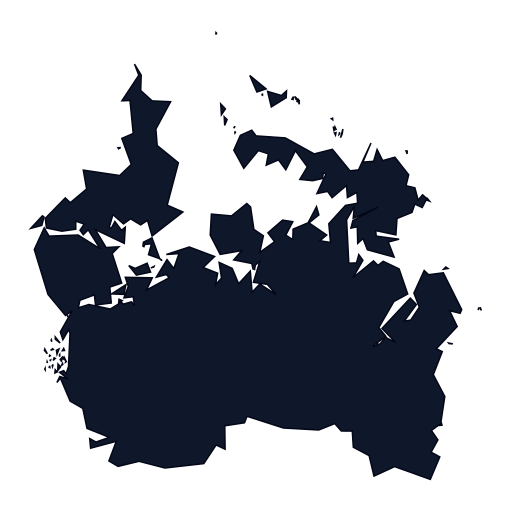 outline of Belmullet-Lea-3, Mayo, Ireland, rotated 90°
{"feature_id": "5873133B47562740874876", "entity_name": "Belmullet-Lea-3", "entity_type": "district", "adm_level": 2, "iso_a3": "IRL", "parent_name": "Ireland", "parent_adm1": "Mayo", "projection": "albers", "projection_center": [-9.902, 54.113], "detail": "fine", "context": "isolated", "style": "filled", "palette": "ink", "viewbox_px": 512, "rotation_deg": 90, "n_neighbors": 0, "source": "geoboundaries", "source_scale": "gbopen_adm2", "svg_char_len": 6146}
<svg xmlns="http://www.w3.org/2000/svg" viewBox="0 0 512 512"><g transform="rotate(90 256 256)"><path d="M468.0,347.1L463.6,308.2L445.0,295.9L449.2,286.9L425.8,287.2L422.8,267.5L416.3,265.0L428.0,228.6L430.0,193.3L423.6,177.2L431.0,170.7L431.1,159.7L447.2,158.7L455.6,142.9L476.1,138.0L466.6,117.4L479.4,81.7L456.9,72.2L452.2,80.9L439.9,74.1L430.5,80.6L423.6,71.3L396.5,67.2L374.6,78.7L351.6,69.7L348.8,75.7L326.5,54.8L310.7,62.4L313.3,51.9L309.6,50.3L272.8,68.7L274.7,83.4L270.5,87.8L293.1,98.1L307.2,92.7L320.1,101.3L321.2,107.8L304.5,95.6L298.1,101.7L328.4,130.0L342.6,116.3L337.4,126.3L343.9,132.0L344.4,133.0L343.8,134.6L345.7,135.5L346.3,139.6L336.4,126.1L327.6,133.2L301.5,118.1L294.0,104.3L268.9,112.9L261.3,128.8L265.4,134.0L260.9,138.5L277.6,159.0L260.3,149.1L254.6,153.2L262.9,155.5L263.2,163.2L219.8,165.4L206.3,157.7L218.3,158.8L207.0,133.6L220.6,159.1L228.1,161.1L226.8,154.7L243.4,154.3L238.5,149.0L249.8,144.6L257.1,117.9L242.0,123.7L239.2,112.9L236.1,135.8L230.6,136.3L234.9,116.1L218.5,115.0L212.4,100.0L204.1,97.2L207.5,89.8L198.6,85.2L194.8,89.4L200.1,93.9L187.8,97.1L185.7,106.0L174.8,103.3L157.2,117.1L160.6,129.3L149.5,134.9L161.3,138.4L162.1,149.1L143.0,141.0L169.9,153.5L170.8,162.0L149.3,179.6L153.9,197.8L137.9,226.7L135.9,255.9L130.2,260.2L135.3,271.6L150.2,278.2L168.3,268.2L150.6,253.7L153.8,243.6L165.2,245.8L159.9,233.5L169.8,226.2L150.7,216.6L166.9,204.7L179.4,212.2L180.7,199.3L178.5,189.5L172.8,188.7L174.0,186.0L193.6,195.1L191.4,184.4L197.7,179.9L185.5,165.5L197.6,164.6L192.4,155.1L203.2,154.4L205.4,166.5L223.7,183.2L242.5,181.5L240.7,192.1L235.0,185.3L222.9,203.0L214.9,193.1L206.7,195.5L222.8,203.9L229.1,218.9L239.6,219.2L235.1,226.2L221.7,219.2L220.1,229.4L232.8,244.1L241.7,237.4L252.4,252.2L235.8,248.6L229.4,258.1L207.0,261.4L203.5,265.2L215.9,280.5L214.1,300.6L235.1,301.8L254.4,291.8L250.6,270.2L259.9,278.3L263.5,260.2L268.9,259.0L269.5,257.4L265.1,256.7L261.1,252.1L282.3,258.6L284.4,244.6L294.7,235.7L284.0,252.2L292.2,259.9L271.1,261.7L283.7,273.4L268.4,279.8L262.4,292.9L278.1,290.5L284.7,296.5L273.2,294.3L267.5,308.8L256.5,297.4L247.0,322.7L254.5,345.7L253.6,333.0L268.5,338.2L259.6,345.0L277.2,355.7L274.5,345.6L277.8,342.9L290.0,365.5L277.8,359.7L277.3,386.7L286.4,383.7L297.9,388.1L296.7,378.8L305.7,377.5L301.8,380.4L304.1,388.5L302.2,390.6L309.0,401.7L304.5,423.1L307.8,433.7L300.3,432.1L294.9,417.6L305.0,416.5L303.0,400.7L287.1,402.2L283.1,390.3L253.5,399.8L246.8,393.1L247.5,405.9L229.6,416.7L243.4,387.7L227.2,386.7L230.3,390.5L221.5,397.1L228.2,400.7L227.4,402.8L214.6,399.1L223.9,388.5L218.8,381.4L224.9,371.4L220.4,364.5L236.0,359.9L212.0,329.1L205.1,344.8L162.8,333.6L145.5,354.8L129.1,356.1L101.7,341.4L100.9,359.8L90.5,371.3L75.1,370.8L64.1,377.5L75.2,373.2L100.8,390.1L100.5,382.0L133.5,378.8L138.4,390.2L164.4,380.7L175.5,392.3L170.1,428.7L189.0,425.4L202.7,441.7L197.9,446.7L218.3,466.7L228.0,465.6L231.2,450.1L229.2,436.2L221.1,436.3L224.1,427.8L230.2,432.0L234.7,428.7L229.8,423.8L248.8,411.9L235.0,433.9L236.1,462.9L227.9,467.8L249.5,477.7L294.4,464.0L315.5,446.5L310.7,439.7L331.9,451.7L339.7,449.1L329.7,443.3L333.2,442.0L366.5,443.5L373.8,445.9L370.6,448.3L372.3,452.4L379.0,444.0L376.5,452.2L382.5,455.1L378.2,451.6L401.2,441.8L408.4,429.2L428.4,425.0L437.4,402.7L442.0,416.0L438.6,422.3L448.2,421.4L441.3,395.7L461.0,403.1L466.4,393.9L461.3,373.0L468.0,347.1ZM254.7,363.5L258.7,352.3L237.9,360.0L242.2,368.6L246.1,369.1L246.7,368.1L244.4,367.1L243.8,360.5L254.7,363.5ZM272.1,361.4L263.2,364.9L268.4,376.8L265.6,383.2L275.1,375.6L272.1,361.4ZM106.9,240.7L97.7,225.8L90.9,225.5L95.5,230.6L91.4,244.4L106.9,240.7ZM92.0,255.1L88.9,245.9L75.5,262.2L92.0,255.1ZM225.4,470.2L217.0,468.0L215.8,469.6L228.4,481.3L225.4,470.2ZM284.6,386.0L293.9,400.4L294.4,388.2L284.6,386.0ZM114.8,290.6L108.9,286.6L103.9,291.3L114.8,290.6ZM339.3,456.7L343.0,451.9L337.0,456.7L339.3,456.7ZM133.9,169.8L129.0,169.1L137.7,171.5L133.9,169.8ZM125.4,287.3L119.6,284.9L116.8,287.8L125.4,287.3ZM366.9,451.4L364.0,454.0L370.4,454.2L366.9,451.4ZM350.7,449.7L350.5,447.5L348.4,448.3L350.7,449.7ZM356.3,448.9L359.5,451.8L361.1,450.7L356.3,448.9ZM350.3,455.6L354.2,455.0L349.0,453.0L350.3,455.6ZM269.2,68.4L268.5,64.0L267.0,66.2L269.2,68.4ZM373.0,457.1L371.9,454.8L369.7,456.8L373.0,457.1ZM302.7,393.3L300.6,389.8L299.2,393.0L302.7,393.3ZM360.4,458.8L358.4,456.7L357.8,457.9L360.4,458.8ZM359.1,448.4L360.5,446.2L357.4,447.7L359.1,448.4ZM98.4,214.6L102.7,213.2L104.3,212.8L100.7,212.7L98.4,214.6ZM266.3,357.9L268.0,361.1L266.9,358.1L266.3,357.9ZM350.4,467.6L353.8,464.7L349.0,467.2L350.4,467.6ZM150.9,106.0L153.9,104.9L151.0,104.8L150.9,106.0ZM350.2,461.4L349.5,458.7L348.7,459.3L350.2,461.4ZM147.5,391.3L147.8,394.0L148.8,393.4L147.5,391.3ZM128.7,177.7L126.6,178.8L130.6,178.0L129.3,176.4L128.7,177.7ZM200.3,84.8L201.1,82.5L198.6,84.6L200.3,84.8ZM96.6,218.6L99.2,220.1L99.5,218.9L96.6,218.6ZM309.1,31.5L310.4,30.7L307.2,31.8L309.1,31.5ZM100.0,215.6L97.9,215.7L96.5,217.3L100.0,215.6ZM129.0,176.1L127.0,177.0L128.7,177.3L129.0,176.1ZM259.5,351.6L260.6,349.8L259.2,351.5L259.5,351.6ZM132.9,177.6L135.1,176.5L132.6,176.0L132.9,177.6ZM310.1,33.8L308.0,33.1L308.0,33.4L310.1,33.8ZM118.7,180.7L119.8,179.3L118.2,179.4L118.7,180.7ZM425.4,72.1L425.2,70.0L423.4,70.5L425.4,72.1ZM364.5,458.9L365.7,459.8L366.7,459.5L364.5,458.9ZM365.1,450.3L364.5,449.2L363.4,449.5L365.1,450.3ZM343.9,59.1L343.0,63.4L343.6,62.9L343.9,59.1ZM356.8,462.8L355.6,461.7L355.2,462.3L356.8,462.8ZM133.9,172.4L132.2,172.5L134.4,172.9L133.9,172.4ZM101.5,215.0L101.9,213.8L100.6,214.9L101.5,215.0ZM367.4,462.8L367.6,462.1L365.8,462.4L367.4,462.8ZM93.6,249.4L94.8,250.0L95.1,249.5L93.6,249.4ZM126.8,277.2L126.2,277.2L128.2,278.3L126.8,277.2ZM132.4,276.6L131.4,277.3L133.0,277.0L132.4,276.6ZM34.5,296.2L33.2,295.4L32.6,296.0L34.5,296.2ZM369.1,467.3L369.8,466.8L368.3,466.9L369.1,467.3ZM362.1,446.4L361.8,445.9L361.3,446.1L362.1,446.4ZM362.1,465.0L362.9,464.4L361.6,464.9L362.1,465.0ZM316.3,444.3L317.1,443.7L315.3,444.8L316.3,444.3ZM355.1,452.6L356.7,452.2L354.6,452.3L355.1,452.6ZM340.3,460.9L341.7,460.2L339.8,460.6L340.3,460.9ZM360.0,461.4L360.2,461.8L361.1,461.7L360.0,461.4Z" fill="#0f172a" stroke="#020617" stroke-width="1.5"/></g></svg>